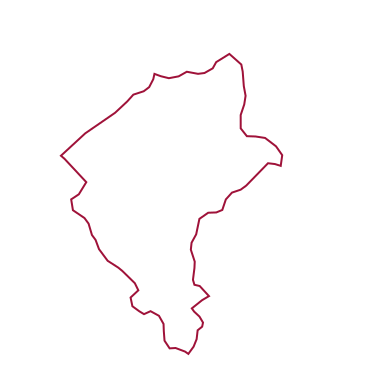 outline of Yeoju, Gyeonggi, South Korea, rotated 227°
{"feature_id": "91817680B81929081090334", "entity_name": "Yeoju", "entity_type": "district", "adm_level": 2, "iso_a3": "KOR", "parent_name": "South Korea", "parent_adm1": "Gyeonggi", "projection": "mercator", "projection_center": [127.578, 37.276], "detail": "fine", "context": "isolated", "style": "outline", "palette": "rose", "viewbox_px": 384, "rotation_deg": 227, "n_neighbors": 0, "source": "geoboundaries", "source_scale": "gbopen_adm2", "svg_char_len": 1205}
<svg xmlns="http://www.w3.org/2000/svg" viewBox="0 0 384 384"><g transform="rotate(227 192 192)"><path d="M76.1,78.9L77.8,87.7L81.2,95.0L84.1,98.4L87.0,101.8L86.6,107.6L89.0,111.0L95.8,112.5L103.1,112.0L107.0,112.5L106.0,125.6L104.3,133.4L118.0,133.5L122.5,130.5L127.1,132.8L134.7,141.9L139.2,146.5L150.6,151.8L155.2,157.1L158.2,166.2L167.3,179.1L165.8,189.7L160.5,195.8L158.2,201.9L163.5,211.7L164.3,220.8L160.5,229.2L159.7,236.0L161.2,267.2L155.9,271.7L150.6,274.7L157.4,283.1L168.1,284.6L181.7,282.3L189.3,276.3L195.4,270.2L205.3,271.0L215.1,280.1L220.4,289.9L225.8,296.8L234.1,302.1L245.5,311.2L251.6,315.0L267.5,313.5L270.5,298.3L268.3,291.5L270.5,282.3L274.3,277.0L283.5,270.2L285.7,261.1L291.0,252.7L297.9,248.2L300.6,246.8L304.0,245.1L300.9,240.6L297.9,232.2L298.6,225.4L303.2,215.5L302.4,206.4L302.4,189.7L307.7,154.0L307.9,120.9L303.2,121.4L271.3,121.4L267.5,107.7L269.0,98.6L259.9,92.5L246.3,95.6L239.4,94.8L228.8,89.5L222.7,88.8L213.6,85.0L199.2,83.4L187.0,86.5L181.7,87.2L164.3,88.0L156.7,85.7L156.7,75.1L149.1,70.5L140.7,72.1L135.4,73.6L133.1,80.4L124.0,83.4L114.9,81.2L109.6,76.6L102.0,70.5L92.9,69.0L89.1,73.6L80.0,78.1L76.1,78.9Z" fill="none" stroke="#9f1239" stroke-width="2"/></g></svg>